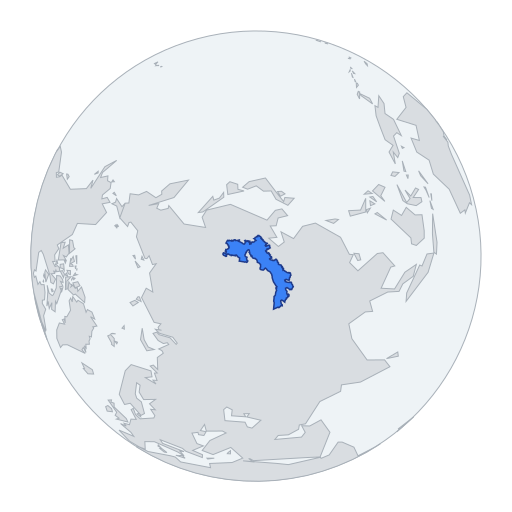 globe centered on Inner Mongol, rotated 255°
{"feature_id": "CHN-1838", "entity_name": "Inner Mongol", "entity_type": "Autonomous Region", "adm_level": 1, "iso_a3": "CHN", "parent_name": "China", "parent_adm1": "", "projection": "orthographic", "projection_center": [116.94, 45.357], "detail": "fine", "context": "on_globe", "style": "filled", "palette": "blue", "viewbox_px": 512, "rotation_deg": 255, "n_neighbors": 0, "source": "natural_earth", "source_scale": "10m", "svg_char_len": 17589}
<svg xmlns="http://www.w3.org/2000/svg" viewBox="0 0 512 512"><g transform="rotate(255 256 256)"><circle cx="256" cy="256" r="225" fill="#eef3f6" stroke="#a8b0b8"/><path d="M449.0,369.6L448.7,370.4L448.5,370.7L449.0,369.6ZM406.2,88.1L406.3,88.2L409.7,91.3L409.2,91.2L412.5,95.3L406.7,95.0L388.2,87.2L388.2,84.7L383.7,83.6L383.4,86.9L384.3,89.5L368.5,94.0L365.0,109.6L371.5,118.2L364.1,113.9L381.4,133.2L384.4,146.2L376.4,129.4L372.0,126.2L371.7,133.7L367.1,132.1L364.4,135.0L358.9,132.6L354.7,123.5L351.1,121.9L351.1,127.4L345.6,128.9L346.2,121.0L336.7,122.9L327.9,109.2L333.7,91.9L324.3,84.2L318.1,66.9L314.1,67.4L309.2,61.8L302.7,60.5L303.4,58.1L297.7,59.2L298.2,61.6L295.9,63.0L292.1,62.6L292.4,59.3L294.3,59.1L292.4,57.9L294.2,56.6L291.2,57.0L291.9,53.5L285.6,56.4L281.5,53.1L283.6,51.0L290.6,51.9L312.7,51.0L316.9,50.0L315.8,47.1L298.4,39.6L300.0,38.5L296.9,36.5L292.7,36.4L293.6,38.1L285.0,38.0L287.1,40.6L283.9,41.1L283.2,43.9L275.5,42.8L268.4,40.4L268.6,38.2L265.5,37.3L259.0,39.1L253.3,35.4L238.9,34.0L238.2,33.5L248.4,31.9L264.4,32.0L277.6,32.0L261.1,31.5L259.8,30.8L256.3,30.8L251.8,30.8L249.2,31.0L247.1,31.0L255.6,30.7L263.9,30.9L259.8,30.8L267.3,31.0L270.5,31.2L287.0,32.9L303.4,35.8L319.6,39.9L335.4,45.2L350.7,51.6L365.5,59.1L379.8,67.8L393.3,77.4L406.2,88.1ZM468.9,211.6L467.1,208.5L468.2,207.7L468.9,211.6ZM465.9,208.5L466.6,209.2L466.0,209.0L465.9,208.5ZM465.4,209.6L465.8,208.8L465.6,210.1L465.4,209.6ZM465.1,211.7L465.2,210.4L465.3,210.7L465.1,211.7ZM463.7,213.6L463.3,214.0L463.3,212.4L463.7,213.6ZM385.4,91.0L383.9,87.2L385.8,85.1L387.7,88.3L385.4,91.0ZM381.0,96.1L379.0,93.6L384.2,94.3L383.7,95.5L381.0,96.1ZM377.1,125.0L376.7,121.0L378.7,125.5L377.1,125.0ZM364.9,135.8L366.5,137.6L364.4,138.4L364.9,135.8ZM287.4,44.4L285.4,44.1L286.6,43.7L287.4,44.4ZM289.1,46.0L292.0,45.7L293.2,46.4L291.4,46.6L289.1,46.0ZM354.2,135.6L350.3,136.7L353.5,134.0L354.2,135.6ZM285.2,46.2L295.0,47.8L297.1,49.1L291.9,51.0L285.2,46.2ZM347.6,136.2L338.3,139.3L340.9,143.3L328.1,134.3L340.3,134.4L343.8,130.3L344.3,134.2L347.6,136.2ZM300.1,62.6L299.3,59.9L303.4,62.6L300.1,62.6ZM303.3,64.0L319.4,71.2L318.7,75.2L313.4,71.8L315.3,77.7L307.1,76.1L304.2,72.5L306.3,70.1L301.5,71.4L303.3,64.0ZM322.5,129.1L319.6,128.7L321.8,127.4L322.5,129.1ZM295.3,63.8L298.6,64.7L298.2,68.2L291.5,67.0L293.8,66.2L295.3,63.8ZM319.9,80.2L318.4,82.8L311.3,82.2L309.8,83.1L306.8,76.5L319.9,80.2ZM292.0,65.2L288.1,66.3L284.9,64.4L292.0,63.1L292.0,65.2ZM301.0,69.7L300.5,71.4L298.5,70.0L301.0,69.7ZM271.2,58.7L275.2,59.4L275.3,61.2L271.2,58.7ZM286.9,66.9L288.0,67.6L288.6,68.5L285.4,68.9L286.9,66.9ZM302.0,76.6L299.4,75.9L302.9,79.3L297.7,79.2L296.7,74.8L294.9,76.7L293.3,76.7L294.3,73.2L302.0,76.6ZM283.8,72.0L280.7,66.9L273.2,65.0L272.9,63.2L284.9,66.7L283.8,72.0ZM289.9,73.0L286.0,71.9L287.5,70.1L291.1,69.7L289.9,73.0ZM294.6,80.8L302.8,82.0L302.7,83.0L294.6,80.8ZM281.3,71.8L282.1,73.0L280.6,71.8L281.3,71.8ZM290.2,78.3L293.1,78.6L292.9,79.6L290.2,78.3ZM281.3,75.5L280.3,73.8L282.7,73.4L281.3,75.5ZM285.1,77.1L284.2,78.5L284.1,74.3L286.4,77.0L285.1,77.1ZM289.5,79.3L290.4,80.0L288.3,79.1L289.5,79.3ZM272.8,78.3L272.1,73.1L277.4,72.1L277.3,77.2L272.8,78.3ZM102.0,91.6L102.5,92.9L95.1,101.1L85.1,121.8L82.7,126.0L76.6,129.9L63.3,157.3L67.6,157.5L62.7,179.5L64.2,190.9L77.6,182.1L75.3,163.1L82.1,153.7L89.7,163.7L92.8,181.3L95.6,178.3L99.7,162.7L106.6,162.7L101.8,157.1L99.2,162.3L96.1,159.2L98.3,154.3L100.7,154.3L101.5,148.3L90.1,150.4L86.2,156.0L84.6,144.5L77.9,152.9L75.2,152.0L85.5,137.7L89.2,135.2L103.3,116.0L99.2,117.3L85.7,135.9L87.2,132.0L81.6,134.8L87.0,129.6L102.9,109.8L105.5,100.6L98.1,99.0L101.9,93.7L109.9,85.9L123.3,78.6L113.4,91.3L118.0,89.6L129.2,81.8L125.3,86.6L128.6,85.2L125.8,90.1L130.8,93.0L129.2,98.0L139.9,95.6L140.6,98.0L134.1,98.6L128.7,102.0L126.0,115.4L128.0,117.0L135.2,114.6L133.5,118.9L140.8,114.9L143.5,121.9L146.4,110.3L154.8,107.9L161.2,110.6L164.5,107.9L154.1,103.7L149.5,104.0L144.8,107.5L132.7,107.5L131.8,103.7L146.3,96.4L146.6,90.6L157.8,88.1L179.0,100.0L183.4,107.3L172.2,124.8L166.2,124.3L167.2,117.6L158.2,126.3L162.8,124.3L161.4,128.2L169.2,127.6L168.6,130.3L177.1,125.3L177.2,128.6L171.8,131.7L183.5,134.4L186.1,141.3L189.0,140.6L191.4,138.0L193.1,148.8L195.2,147.9L195.4,143.9L199.7,139.6L207.9,136.5L208.1,140.4L205.1,142.0L199.2,151.8L191.3,156.0L192.2,157.4L199.1,154.6L206.4,142.7L211.3,139.8L208.7,145.5L210.0,143.2L212.5,143.0L215.1,146.6L218.3,140.4L245.5,134.7L253.3,141.6L247.9,147.0L267.1,148.8L274.4,157.6L274.5,153.8L283.9,152.8L281.7,149.9L282.5,148.1L305.5,145.5L311.0,148.3L321.1,143.9L321.2,142.0L317.7,139.6L328.1,134.3L340.9,143.3L340.1,146.9L348.7,150.5L345.4,158.4L346.7,167.0L338.2,174.4L340.0,181.0L343.2,181.7L348.0,191.6L346.8,210.4L333.7,191.9L332.6,165.4L331.8,175.6L327.8,172.5L324.9,175.9L324.7,183.5L327.3,184.8L305.5,194.8L296.6,214.7L307.4,214.0L313.1,220.2L312.5,244.7L287.8,275.9L295.1,286.5L294.8,293.2L286.8,297.0L287.0,287.2L280.0,283.3L281.3,277.5L268.6,281.0L269.9,272.9L259.4,280.1L262.2,286.9L272.9,286.4L263.1,296.8L272.6,308.7L272.4,321.9L252.2,342.5L233.5,346.6L232.1,350.3L225.4,344.7L215.3,350.6L227.0,373.8L226.3,379.5L210.5,387.5L210.4,383.3L192.5,368.5L188.3,381.3L201.8,395.6L206.4,408.7L195.7,402.6L191.1,390.6L184.8,385.0L187.1,373.9L183.1,354.2L172.3,354.3L173.7,347.1L166.5,328.1L151.3,327.2L126.8,336.4L122.4,353.3L114.4,356.7L107.2,324.3L109.4,305.2L103.4,302.7L98.9,280.0L81.1,260.4L81.6,254.1L77.6,252.3L74.9,241.0L76.9,231.0L73.9,226.7L69.3,253.1L72.9,257.9L80.2,256.2L77.9,263.9L80.9,276.4L66.6,281.8L45.3,265.9L48.4,251.9L59.0,200.5L61.6,197.9L61.8,197.4L62.3,196.5L57.9,199.8L61.5,190.5L50.3,222.3L46.1,233.3L44.9,266.2L43.7,266.5L44.9,275.2L55.0,287.2L53.9,291.1L46.0,301.1L36.6,302.8L40.8,322.4L42.4,327.5L37.8,312.1L34.4,296.4L32.1,280.5L30.9,264.5L30.8,248.4L32.0,232.4L34.2,216.5L37.6,200.8L42.1,185.4L47.7,170.3L54.3,155.7L61.9,141.6L70.6,128.0L80.2,115.1L90.7,103.0L102.0,91.6ZM90.8,207.6L96.1,218.2L102.9,205.5L105.5,208.7L106.8,203.4L103.3,204.5L108.0,191.0L113.6,193.2L117.7,188.7L116.0,185.0L105.0,183.4L98.3,202.4L93.2,203.4L90.8,207.6ZM258.9,30.8L257.6,30.9L253.2,30.8L255.5,30.8L258.9,30.8ZM232.0,32.6L229.2,32.5L232.8,32.3L235.5,31.9L246.4,31.3L238.5,33.2L240.1,32.3L232.0,32.6ZM258.8,31.7L252.8,31.4L259.7,31.7L258.8,31.7ZM149.9,74.2L145.9,77.0L142.7,77.0L144.7,72.1L149.4,71.8L149.9,74.2ZM141.1,81.0L155.1,75.9L154.4,79.2L152.4,78.1L150.6,80.8L146.9,79.9L132.6,88.6L128.8,89.3L134.6,79.0L134.8,81.7L138.6,78.7L141.1,81.0ZM191.8,61.2L197.8,60.2L188.5,68.5L184.0,68.6L185.7,63.2L192.0,60.1L191.8,61.2ZM274.2,49.7L277.1,49.6L277.0,50.4L274.5,51.1L274.2,49.7ZM273.0,58.9L261.5,51.2L264.2,50.6L254.1,47.5L257.4,44.8L263.8,46.8L258.8,42.7L265.9,43.5L261.7,41.0L275.7,45.8L281.8,46.7L273.7,46.6L270.5,48.9L271.0,50.2L276.9,54.8L288.7,58.4L287.4,61.7L283.3,63.1L280.3,62.8L282.1,60.6L276.8,61.7L277.1,58.4L273.0,58.9ZM236.8,83.9L240.2,80.5L229.5,84.2L229.8,80.0L228.5,80.7L225.8,78.0L220.4,76.1L221.6,74.2L218.9,74.3L217.1,72.7L213.9,72.2L214.8,68.8L211.0,68.1L213.7,67.0L206.8,66.8L212.3,65.5L210.5,63.6L206.1,65.8L219.1,50.8L220.2,46.3L218.2,43.5L228.0,42.3L236.2,44.4L242.2,48.7L239.7,53.5L244.6,52.4L244.8,54.4L240.8,54.5L247.1,55.7L246.2,57.5L251.6,62.8L261.1,63.9L263.3,66.1L259.2,66.6L264.3,68.5L257.9,70.9L259.3,72.6L254.5,77.0L245.6,77.3L247.9,79.3L244.3,83.0L236.8,83.9ZM271.2,79.4L260.5,80.2L255.4,78.4L266.0,71.6L265.6,69.7L272.2,65.8L279.5,68.5L276.9,69.3L276.1,70.8L274.1,69.3L275.1,71.6L271.6,73.0L271.4,75.2L268.0,74.7L271.2,79.4ZM84.3,127.0L83.2,129.6L82.5,133.1L79.0,135.2L84.3,127.0ZM94.9,113.3L94.6,115.0L89.2,119.1L90.4,116.6L94.9,113.3ZM98.9,112.7L95.0,114.8L97.8,112.1L98.9,112.7ZM134.2,100.2L134.4,102.1L132.7,103.1L130.5,103.0L134.2,100.2ZM205.3,95.6L208.1,93.5L209.2,94.1L217.2,92.1L217.7,95.3L213.0,97.7L205.3,95.6ZM74.6,181.0L71.5,180.1L72.5,177.1L73.3,178.0L74.6,181.0ZM73.4,156.3L71.5,163.4L72.4,156.8L73.4,156.3ZM207.2,98.8L210.4,97.5L208.6,99.9L207.2,98.8ZM218.4,97.6L217.1,100.3L218.6,95.5L218.4,97.6ZM49.9,347.0L49.7,346.5L52.2,350.9L52.1,348.4L56.7,359.3L59.8,366.7L49.9,347.0ZM263.9,440.2L270.8,440.9L270.6,441.5L263.9,440.2ZM256.6,437.8L264.5,438.3L255.2,439.2L256.6,437.8ZM267.6,438.4L275.7,437.2L279.2,436.1L278.6,437.5L267.6,438.4ZM251.2,437.6L222.4,434.4L211.1,430.8L213.7,428.8L231.9,432.2L251.2,437.6ZM212.8,428.6L195.7,418.0L173.3,389.2L181.3,392.0L204.9,411.8L203.4,413.8L213.7,421.7L212.8,428.6ZM254.5,420.3L252.9,427.0L236.9,425.0L229.7,423.1L224.7,413.6L227.5,409.4L233.4,410.3L256.7,396.0L264.8,400.5L257.5,407.1L264.1,413.7L254.5,420.3ZM123.1,355.5L126.6,368.1L122.4,367.5L123.1,355.5ZM266.6,384.4L256.9,391.5L265.9,381.8L266.6,384.4ZM272.2,374.7L272.6,378.8L268.9,374.7L272.2,374.7ZM231.5,356.1L225.2,356.2L225.3,353.1L233.3,351.3L231.5,356.1ZM272.2,332.8L271.3,342.0L269.9,345.1L267.4,339.4L272.2,332.8ZM215.7,127.4L204.1,126.3L196.0,128.3L192.0,133.5L192.7,126.0L205.1,122.8L215.7,127.4ZM241.8,133.2L245.3,129.1L247.2,131.5L246.6,132.8L241.8,133.2ZM241.6,130.3L239.6,124.2L243.7,122.3L244.5,127.4L241.6,130.3ZM222.9,110.6L219.4,109.9L221.0,107.9L222.9,110.6ZM335.6,466.7L339.1,465.4L335.6,466.7ZM303.7,471.1L259.5,478.1L249.8,477.5L252.2,476.0L243.3,469.3L246.5,469.7L244.4,464.4L270.5,459.9L289.2,448.5L303.8,448.0L314.8,438.2L329.8,436.3L325.3,443.7L340.8,444.4L351.6,427.4L360.7,439.4L371.8,439.5L374.6,444.0L353.6,458.9L341.8,464.2L339.7,464.8L334.8,466.8L327.3,469.1L323.4,468.7L318.6,470.5L323.4,467.7L316.3,470.8L312.5,470.2L303.7,471.1ZM410.9,412.9L413.1,411.7L416.2,410.8L412.9,413.1L410.9,412.9ZM443.5,378.1L444.3,377.7L442.2,380.5L443.5,378.1ZM448.5,370.7L446.0,374.2L449.0,369.6L448.5,370.7ZM422.7,397.9L423.7,397.8L422.8,398.8L422.7,397.9ZM421.8,398.3L423.2,396.0L422.9,397.4L421.8,398.3ZM411.8,397.5L413.1,395.9L413.7,396.2L411.8,397.5ZM281.2,440.9L290.9,435.8L296.2,435.1L281.2,440.9ZM409.9,396.9L406.6,398.6L407.0,397.6L409.9,396.9ZM410.2,394.7L409.8,393.7L411.9,395.4L410.2,394.7ZM403.8,395.4L407.9,395.5L403.4,395.9L403.8,395.4ZM401.4,396.9L398.5,397.4L398.7,396.9L401.4,396.9ZM368.0,412.3L379.0,416.1L370.1,419.1L360.2,417.5L352.4,424.2L334.7,427.5L338.7,423.9L336.3,419.9L318.1,421.0L314.4,418.4L320.9,415.5L308.9,414.4L322.0,411.4L327.4,417.0L334.9,410.8L347.8,409.4L360.3,408.3L370.4,409.8L368.0,412.3ZM322.1,425.2L324.4,424.9L322.4,427.0L322.1,425.2ZM392.8,396.7L397.1,397.6L396.6,398.6L394.5,399.1L392.8,396.7ZM372.7,408.0L383.6,399.1L386.1,398.2L378.9,406.6L372.7,408.0ZM380.9,396.7L386.0,395.6L388.6,397.4L387.6,398.6L380.9,396.7ZM295.3,422.2L294.8,424.0L291.4,422.8L295.3,422.2ZM299.7,420.9L310.0,421.9L298.8,422.5L299.7,420.9ZM268.7,415.4L271.7,419.7L281.1,417.0L273.9,421.0L280.4,427.7L278.2,430.3L271.8,423.0L269.7,430.5L265.5,430.3L263.2,423.8L267.3,415.7L271.5,412.2L288.5,410.6L268.7,415.4ZM299.6,415.7L296.9,410.8L298.9,407.2L301.9,409.8L299.6,415.7ZM289.0,398.4L281.9,392.1L275.4,394.6L288.7,385.4L293.3,393.0L289.0,398.4ZM283.2,384.3L277.1,386.6L283.5,381.2L283.2,384.3ZM275.6,384.3L275.0,379.6L279.8,380.3L275.6,384.3ZM286.3,384.4L287.7,376.5L290.0,381.1L286.3,384.4ZM273.3,368.9L283.3,376.9L270.1,373.4L270.1,357.4L275.8,357.2L273.3,368.9ZM308.5,300.1L307.4,295.0L312.7,293.5L311.9,297.4L308.5,300.1ZM328.9,285.3L313.7,291.5L301.4,296.8L305.0,299.0L301.9,307.8L296.7,299.9L305.6,290.0L314.9,287.5L316.7,280.0L323.7,274.4L322.7,265.2L325.9,260.9L329.6,268.6L328.9,285.3ZM321.9,261.3L322.7,244.7L332.5,246.1L334.5,250.0L330.0,256.9L325.1,255.8L321.9,261.3ZM325.8,241.2L321.1,240.1L312.3,216.1L312.9,211.5L324.8,229.7L320.9,229.7L321.4,235.6L325.8,241.2ZM320.3,130.8L319.7,128.9L321.9,130.3L320.3,130.8ZM281.1,146.6L282.6,144.3L285.2,145.8L281.1,146.6ZM288.1,139.0L284.1,138.8L288.3,137.3L288.1,139.0ZM275.2,138.9L282.5,137.9L275.6,141.2L275.2,138.9Z" fill="#d9dde1" stroke="#a8b0b8" stroke-width="1"/><path d="M253.3,246.8L252.4,245.9L252.3,245.1L253.0,244.6L253.0,243.5L253.6,242.6L253.7,242.2L255.4,238.5L256.3,239.0L257.4,239.3L258.3,239.7L260.3,237.9L261.4,237.7L262.0,237.3L262.1,236.3L261.6,236.3L261.5,236.2L261.8,235.9L261.9,235.3L262.4,234.8L262.4,234.1L262.9,233.4L263.0,233.1L262.9,232.9L263.1,232.9L263.1,232.6L263.3,232.4L263.2,232.2L263.4,232.2L263.7,231.1L264.6,230.2L265.0,230.1L265.1,229.8L265.1,229.5L265.3,229.3L265.2,228.8L264.8,228.4L265.0,227.6L264.4,227.3L263.5,227.5L263.4,227.4L263.4,226.8L263.9,226.4L265.2,224.8L266.0,224.7L266.4,224.5L267.0,224.9L267.2,225.2L267.4,225.3L267.5,225.7L266.1,227.4L267.4,228.1L267.8,228.5L268.2,228.4L268.6,227.6L268.9,227.7L269.4,228.4L270.0,228.5L269.7,229.0L270.1,230.1L270.0,230.6L270.4,231.1L270.5,231.6L271.1,232.1L271.3,232.0L271.5,232.2L272.0,232.1L272.4,232.4L272.8,232.3L272.9,231.9L273.7,231.8L274.2,231.9L274.4,231.6L274.9,231.6L275.3,231.5L275.9,230.4L276.4,230.5L276.8,230.8L277.5,231.6L278.2,232.2L278.5,232.7L278.4,233.1L278.0,233.5L277.8,233.6L278.0,233.8L278.0,234.5L277.5,234.9L277.3,235.9L276.9,236.3L277.1,236.4L276.9,236.5L277.0,236.6L276.8,236.9L277.0,237.2L276.8,237.4L277.0,237.5L277.0,238.0L276.8,238.1L277.1,238.4L277.1,238.6L277.2,238.9L277.2,239.7L277.0,240.1L276.3,240.0L276.2,240.2L276.2,240.5L275.9,241.8L275.9,242.2L275.7,242.5L275.7,243.2L275.9,243.7L275.8,244.2L275.7,244.2L275.2,243.4L275.1,242.8L274.9,242.7L273.4,244.7L272.7,245.2L272.5,245.7L270.9,246.9L270.5,247.7L271.0,248.5L271.6,248.8L272.5,249.7L272.8,249.8L273.3,249.2L273.5,249.3L273.6,249.5L273.8,249.3L273.9,249.6L273.8,250.0L273.4,250.4L272.4,250.5L272.4,251.3L272.9,252.0L272.7,252.4L272.0,252.5L272.0,253.8L271.8,254.0L271.2,253.7L270.9,253.2L270.5,253.7L269.8,253.1L269.2,253.0L269.3,253.5L268.9,254.1L269.2,254.4L269.7,254.3L269.9,254.5L269.9,254.9L270.3,255.1L270.5,255.5L270.6,256.0L270.1,256.4L270.0,256.6L270.2,258.1L271.0,259.1L271.0,260.0L272.2,259.4L273.3,258.6L273.3,259.1L273.8,259.8L274.1,260.0L274.0,260.5L274.7,261.8L274.7,262.1L274.4,262.1L274.3,262.7L275.3,263.1L275.1,264.1L274.1,264.6L273.9,264.8L273.8,265.2L273.6,265.4L272.8,265.7L271.7,265.3L271.6,265.5L271.9,265.9L271.8,266.1L271.4,266.2L270.7,265.9L270.4,266.1L270.3,266.6L269.9,267.0L269.6,267.0L269.3,266.7L268.9,266.8L267.8,267.9L267.5,267.7L266.7,268.3L266.4,268.4L266.3,268.9L265.9,269.1L265.4,269.8L265.3,270.2L265.1,270.2L265.0,269.6L264.3,268.5L264.4,268.3L263.8,268.1L263.7,267.7L263.3,267.8L263.0,267.9L262.7,268.3L263.1,268.8L262.9,270.0L263.2,271.2L263.1,271.5L262.8,271.9L261.7,271.7L261.2,271.7L260.5,271.7L260.2,271.8L260.1,271.4L260.0,270.8L259.8,270.7L259.6,270.1L259.9,270.1L260.0,270.0L260.0,269.7L259.9,269.5L259.9,268.9L259.6,269.1L259.4,268.5L259.1,268.3L259.2,268.1L259.2,267.7L258.5,267.0L258.5,266.8L257.9,267.0L257.7,266.8L257.4,267.4L256.5,267.3L255.8,267.6L255.7,268.0L255.8,268.4L255.8,268.7L255.9,268.9L255.6,269.2L255.0,269.5L254.8,269.3L254.6,269.4L254.4,269.1L253.4,270.0L253.1,269.5L252.9,269.4L251.3,270.2L251.2,270.4L251.3,270.7L251.0,270.8L249.9,270.6L249.9,269.9L250.1,269.7L249.9,268.5L249.8,268.4L249.6,268.6L249.0,268.6L248.6,269.2L248.1,269.7L247.9,270.7L247.4,270.9L247.1,271.3L247.1,271.8L247.3,272.0L247.3,272.3L247.0,272.3L246.9,272.6L247.3,273.3L247.4,273.7L247.7,274.0L247.3,274.4L247.4,274.9L246.2,275.2L245.5,275.5L245.1,275.5L244.8,275.1L244.5,275.2L244.1,275.4L243.6,275.9L243.4,276.0L242.4,275.5L242.0,275.7L241.4,276.6L240.9,277.8L240.6,278.0L240.3,278.1L240.1,277.9L239.4,277.9L239.3,278.3L239.0,278.6L238.5,278.7L238.3,278.8L238.1,278.6L238.4,278.1L238.1,278.1L237.5,278.4L236.9,279.2L236.5,278.7L236.0,278.9L235.6,278.4L235.3,278.4L235.5,279.0L234.8,279.3L234.3,279.8L233.9,279.9L233.4,280.7L233.0,280.8L232.6,281.3L232.2,281.5L231.8,282.0L231.4,282.8L231.6,283.4L231.3,283.9L231.0,283.6L230.8,283.8L230.6,284.8L228.3,284.7L228.1,284.1L226.6,283.4L226.4,282.8L225.9,282.5L225.6,282.5L224.9,282.3L223.9,281.6L224.5,281.0L224.7,280.3L225.7,279.0L225.3,278.2L225.3,277.5L224.8,277.5L224.4,277.8L223.8,277.7L223.7,278.2L223.2,278.3L222.1,280.3L222.0,281.5L221.6,281.9L221.8,282.5L221.6,283.2L221.1,283.4L220.3,283.2L219.9,283.3L219.3,283.5L218.9,283.8L217.4,283.7L217.0,284.1L216.7,284.1L215.2,282.3L214.4,281.9L214.4,281.3L214.5,280.9L214.9,280.8L214.8,279.8L216.2,279.1L216.9,278.2L217.2,278.1L217.5,277.8L217.5,277.5L217.1,276.6L217.2,276.2L216.3,276.0L215.4,276.1L213.8,276.8L212.2,276.0L210.4,276.3L210.9,277.2L210.2,277.8L209.4,277.7L208.7,277.3L208.8,277.1L208.5,276.5L208.5,276.2L208.1,276.2L207.6,275.6L207.6,274.5L206.8,274.3L206.7,274.0L206.3,273.7L206.3,273.3L206.1,273.1L205.3,272.6L204.9,272.1L204.0,271.8L204.7,271.2L205.6,270.8L206.0,270.2L206.7,269.6L206.8,269.1L206.5,268.4L205.7,268.1L204.9,268.2L203.9,268.0L202.9,268.2L202.1,268.7L201.1,268.5L201.6,267.2L200.8,266.1L200.2,264.8L200.3,264.5L200.9,264.1L200.1,259.2L206.2,261.5L207.8,261.4L211.0,262.7L211.9,262.8L212.4,263.2L212.7,264.0L213.1,264.5L215.9,265.7L217.5,267.0L219.9,266.9L219.8,267.7L220.9,267.9L221.1,268.2L221.8,267.7L226.6,266.2L230.7,266.0L232.4,266.4L232.9,266.3L234.4,266.4L235.0,266.1L236.1,265.8L237.2,265.4L239.0,263.4L240.7,262.8L241.3,262.2L241.8,262.1L241.8,261.7L241.6,261.1L240.8,260.2L240.5,259.3L241.6,257.1L242.2,256.6L243.4,256.8L243.9,257.4L244.3,257.6L246.7,258.2L247.5,257.6L248.1,257.4L249.0,256.5L249.4,255.8L249.8,255.6L250.5,255.9L251.6,255.8L252.5,255.6L253.4,254.7L253.9,254.6L254.1,254.2L254.0,253.8L254.4,253.1L255.0,252.3L255.7,252.0L257.1,252.1L257.3,251.4L257.2,251.2L257.7,251.1L258.0,251.4L258.3,251.4L258.6,251.1L259.6,250.6L260.8,250.8L261.1,250.4L261.3,250.6L261.5,250.5L261.7,250.8L263.4,251.0L263.9,250.7L264.0,250.5L263.9,249.8L263.6,249.4L263.4,248.8L262.2,247.8L262.3,247.6L261.8,247.4L261.7,246.9L260.8,246.5L260.0,245.6L259.3,245.5L258.2,245.6L257.1,247.0L256.3,246.4L255.7,246.1L254.8,246.3L254.2,246.1L253.7,246.4L253.3,246.8Z" fill="#3b82f6" stroke="#1e3a8a" stroke-width="1.5"/></g></svg>